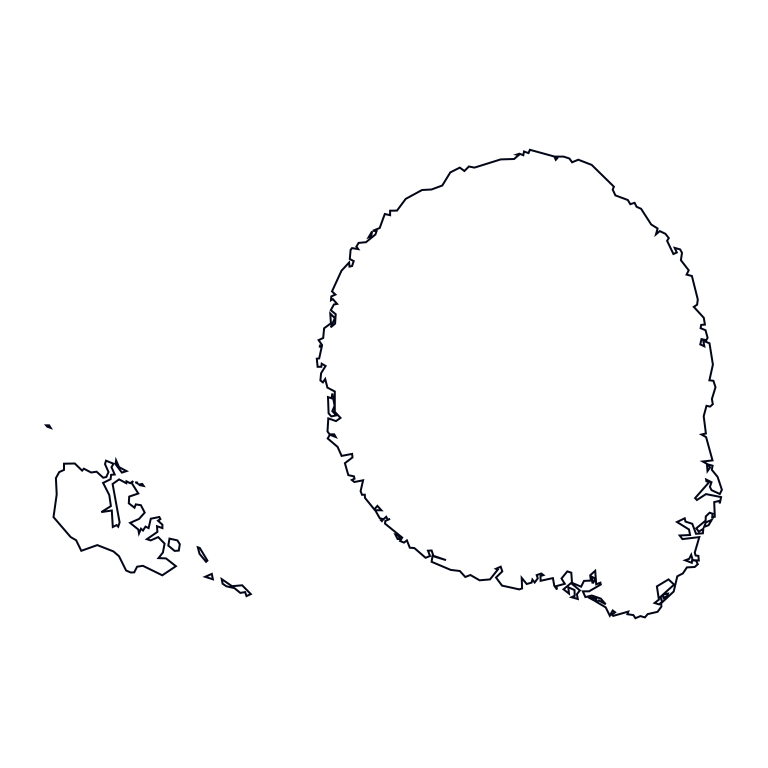 Gizo-Kolombangara, Western, Solomon Islands (Mercator projection)
{"feature_id": "97153195B6288223256746", "entity_name": "Gizo-Kolombangara", "entity_type": "district", "adm_level": 2, "iso_a3": "SLB", "parent_name": "Solomon Islands", "parent_adm1": "Western", "projection": "mercator", "projection_center": [157.005, -7.99], "detail": "fine", "context": "isolated", "style": "outline", "palette": "ink", "viewbox_px": 768, "rotation_deg": 0, "n_neighbors": 0, "source": "geoboundaries", "source_scale": "gbopen_adm2", "svg_char_len": 6125}
<svg xmlns="http://www.w3.org/2000/svg" viewBox="0 0 768 768"><path d="M721.9,489.8L717.6,476.9L711.8,469.8L712.6,465.7L707.8,464.4L710.0,467.6L707.5,471.1L706.9,463.8L702.8,461.5L712.5,460.4L706.1,437.1L701.5,434.5L705.9,433.5L703.7,416.2L706.5,405.8L710.1,406.6L712.8,404.2L711.9,399.0L715.5,387.2L713.4,380.8L709.4,380.3L712.9,364.6L709.5,343.3L703.3,340.7L704.3,346.3L700.3,344.4L701.5,339.1L706.3,340.2L707.6,337.8L705.5,330.2L700.6,328.2L701.2,324.9L704.9,324.6L703.8,317.8L693.8,306.9L697.1,304.7L697.8,299.5L691.9,276.0L686.6,274.6L688.7,270.3L680.9,260.2L682.0,252.8L680.1,249.4L674.7,247.9L676.8,252.5L673.4,254.0L667.1,240.8L668.8,238.1L665.4,233.8L659.8,231.1L656.0,234.3L657.6,228.5L651.2,224.5L641.1,208.8L636.6,206.8L634.6,202.8L630.3,204.2L627.8,200.0L615.4,195.4L612.7,189.6L613.9,186.7L591.7,164.9L578.3,159.7L572.1,162.3L569.4,158.5L563.6,156.6L555.0,156.6L557.2,158.2L555.8,159.8L554.3,156.5L529.9,149.8L528.5,153.1L524.0,151.5L523.3,155.2L519.4,153.7L516.8,154.6L518.8,155.0L514.1,159.0L500.7,159.4L474.5,167.6L468.9,166.5L464.4,171.0L459.8,167.6L450.3,172.4L442.3,185.5L431.5,189.5L422.0,190.0L405.7,198.9L397.0,210.6L390.1,210.7L390.1,215.2L384.8,214.0L379.7,228.0L372.8,230.8L376.6,231.1L375.4,234.5L366.0,242.2L358.6,242.9L356.4,246.6L358.2,249.1L352.0,248.1L350.6,249.9L349.8,259.0L353.7,261.1L352.1,266.0L349.5,266.6L349.1,262.5L341.5,270.7L332.0,291.4L335.4,294.6L331.3,296.4L331.0,300.2L332.8,299.1L337.1,303.9L333.9,304.5L330.8,310.2L335.7,314.2L335.1,323.6L330.7,327.3L334.9,318.2L330.3,313.6L330.9,323.3L324.1,328.3L323.2,338.0L318.6,340.1L322.1,345.1L319.2,358.4L316.8,358.7L317.6,366.8L321.3,366.8L321.7,363.7L325.6,366.0L321.1,373.2L320.4,380.4L322.9,382.4L325.2,379.0L327.4,387.6L334.8,391.5L334.8,411.8L340.5,417.9L336.0,421.1L328.3,418.4L327.5,431.4L329.5,434.3L334.2,434.3L335.7,437.0L329.9,434.7L327.7,438.5L337.6,446.9L341.6,455.9L352.1,453.9L352.5,457.4L344.9,463.2L348.3,475.1L354.0,476.4L354.5,478.7L351.8,480.0L354.4,482.0L363.1,480.3L360.6,491.1L362.0,494.8L364.8,494.7L365.0,497.9L374.3,509.4L377.4,505.9L381.4,510.3L375.2,510.2L379.8,518.3L383.6,519.2L386.2,516.8L387.8,519.8L390.1,518.8L385.3,521.0L385.0,523.6L402.2,537.6L400.1,541.0L404.0,542.6L406.9,540.4L409.8,547.7L414.4,548.1L425.6,557.8L430.0,556.0L428.0,550.7L431.6,550.5L433.4,555.8L446.0,560.1L432.5,556.0L431.6,561.8L450.7,569.9L459.8,571.0L465.3,577.0L470.4,575.0L479.6,580.3L490.0,579.4L497.8,569.6L496.0,568.8L500.7,566.7L502.3,571.4L496.0,577.5L502.0,585.6L519.3,589.4L522.1,588.4L521.7,577.9L526.7,584.0L531.6,582.6L532.4,579.6L534.7,582.5L537.8,578.3L536.7,575.1L541.3,573.5L543.4,575.1L540.5,576.0L540.6,580.8L552.9,578.1L554.3,585.8L557.0,589.5L556.4,586.1L564.8,583.8L561.5,578.5L567.3,571.4L571.3,572.7L572.0,582.8L581.1,586.7L584.0,580.9L590.9,580.6L590.2,575.3L595.2,570.8L596.2,584.3L600.4,582.7L600.8,584.5L589.1,591.3L582.8,591.3L585.4,597.1L591.8,595.5L600.8,598.6L605.7,604.3L598.8,600.4L596.7,602.0L605.7,607.4L609.8,615.7L612.7,610.5L615.1,612.3L611.7,614.7L613.2,615.9L628.3,611.6L627.4,614.2L633.4,615.1L635.4,618.2L640.4,616.1L644.9,617.4L647.7,614.1L657.6,611.8L661.4,606.6L661.1,602.6L659.1,604.4L654.6,603.0L658.9,599.6L656.9,586.4L668.5,579.4L674.1,584.6L663.2,594.4L668.0,593.6L667.3,595.8L663.6,598.1L663.3,595.9L660.4,597.0L662.3,602.2L673.7,591.5L677.3,576.3L682.9,573.4L686.9,567.4L694.7,567.0L697.8,564.2L696.1,560.7L692.1,560.3L691.8,562.8L685.2,560.3L689.2,558.8L691.2,554.8L692.7,560.1L698.8,560.5L698.4,555.9L695.6,555.5L694.8,552.5L699.3,537.1L682.4,539.1L679.7,535.5L690.1,535.0L689.0,529.5L677.0,522.0L684.7,518.3L685.5,521.6L692.3,523.8L696.0,533.8L702.9,533.3L703.3,528.8L698.8,531.7L696.3,528.3L705.6,520.6L705.8,516.4L709.6,512.7L712.6,513.7L712.2,517.3L714.8,516.7L714.2,502.1L719.3,500.9L719.8,503.4L721.1,497.1L706.0,494.1L696.9,500.0L695.1,498.1L709.3,482.0L706.4,481.3L706.1,479.5L711.5,482.2L709.9,486.9L711.5,490.1L719.8,494.0L721.9,489.8ZM175.9,566.2L166.0,558.4L158.5,558.1L162.9,552.5L164.6,543.6L158.2,537.1L150.7,540.4L146.9,539.2L157.4,531.9L157.0,526.2L162.4,528.1L162.4,524.7L158.0,520.7L160.4,519.1L159.3,517.0L150.8,518.7L148.6,528.1L145.5,526.6L143.0,530.5L141.0,528.7L139.0,533.4L138.3,529.5L130.1,522.9L139.1,518.9L144.7,512.6L140.9,505.2L135.8,504.4L134.5,507.7L128.8,503.3L129.2,496.6L138.3,493.5L131.7,483.0L133.2,481.1L130.1,483.2L126.5,481.3L126.3,483.2L119.1,479.4L112.6,484.0L119.6,522.4L118.2,526.7L116.6,525.1L112.8,527.0L111.8,510.5L101.3,512.1L110.9,506.1L109.3,495.1L103.1,482.9L110.6,479.2L111.1,474.8L114.7,474.5L111.5,467.2L113.5,463.7L106.0,460.7L105.0,464.1L108.5,472.0L106.3,477.0L103.2,477.7L96.6,471.7L91.1,472.5L83.9,468.7L82.1,470.6L74.8,463.5L64.0,463.7L64.0,469.9L59.2,472.1L55.9,478.1L56.7,494.4L53.5,517.1L70.7,537.1L76.1,540.2L81.3,550.8L97.3,545.1L113.4,551.4L119.0,556.2L126.1,570.5L130.7,572.5L134.2,572.4L137.1,566.7L142.9,565.8L162.3,575.3L175.9,566.2ZM250.8,594.1L242.2,585.3L232.0,586.2L221.7,579.1L222.6,583.7L226.4,586.3L234.4,588.1L240.3,592.9L245.1,592.1L246.5,596.1L250.8,594.1ZM336.2,415.4L332.3,411.1L334.6,405.8L332.3,393.5L331.6,398.3L328.0,397.1L328.6,413.3L331.3,416.4L336.2,415.4ZM179.8,544.2L177.4,540.4L169.5,538.6L168.3,545.6L174.6,550.9L178.8,550.6L179.8,544.2ZM579.9,590.4L571.0,583.1L563.5,589.3L569.0,593.6L568.3,587.3L574.5,590.0L574.7,595.8L571.6,597.2L577.8,599.0L576.9,594.2L579.9,590.4ZM207.4,560.6L199.8,548.0L197.8,547.3L199.5,553.8L206.1,561.8L207.4,560.6ZM212.9,579.3L211.8,573.9L205.2,576.8L212.9,579.3ZM126.5,471.1L119.0,467.1L116.1,460.4L115.6,464.2L121.9,472.6L126.5,471.1ZM711.7,519.9L705.9,522.4L704.1,526.9L708.6,525.2L711.7,519.9ZM400.3,539.1L398.1,535.2L395.3,534.5L397.6,539.0L400.3,539.1ZM596.3,599.1L593.6,598.0L588.0,597.2L595.7,601.3L596.3,599.1ZM595.3,578.6L592.1,576.9L592.4,582.6L593.3,582.7L595.3,578.6ZM371.1,236.4L372.1,231.4L368.6,237.3L371.1,236.4ZM50.7,427.9L49.1,425.3L46.1,425.3L47.3,426.7L50.7,427.9ZM143.6,485.9L142.2,483.9L139.2,484.5L139.6,485.1L143.6,485.9ZM381.9,521.1L383.1,519.4L381.1,520.3L381.9,521.1ZM319.5,347.5L320.2,346.1L320.3,344.7L319.5,347.5ZM137.6,483.5L137.1,482.5L135.3,482.2L137.6,483.5Z" fill="none" stroke="#020617" stroke-width="2"/></svg>